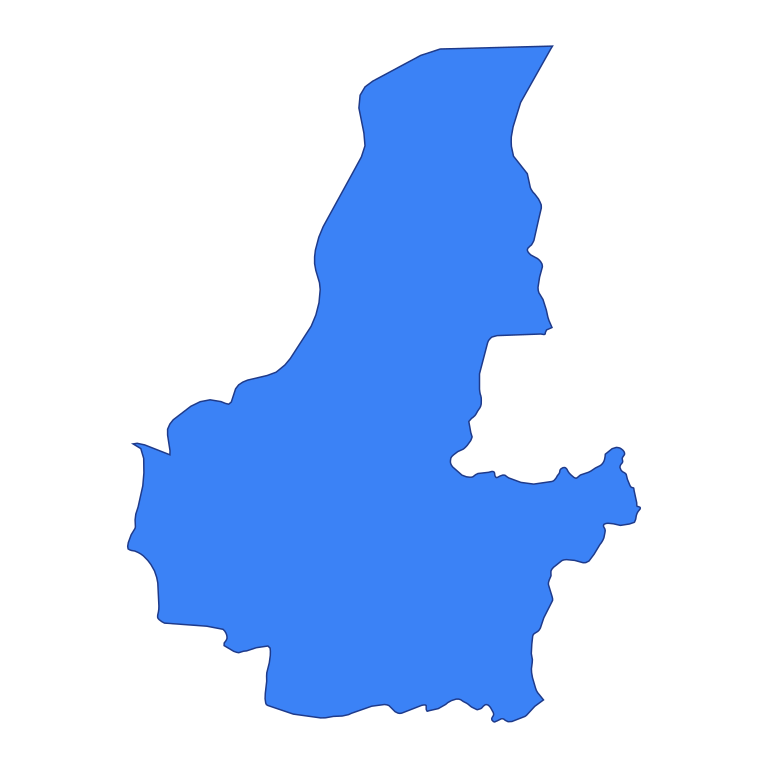 Faryab, Natural Earth projection
{"feature_id": "AFG-1745", "entity_name": "Faryab", "entity_type": "Province", "adm_level": 1, "iso_a3": "AFG", "parent_name": "Afghanistan", "parent_adm1": "", "projection": "natural_earth1", "projection_center": [65.119, 36.214], "detail": "fine", "context": "isolated", "style": "filled", "palette": "blue", "viewbox_px": 768, "rotation_deg": 0, "n_neighbors": 0, "source": "natural_earth", "source_scale": "10m", "svg_char_len": 5441}
<svg xmlns="http://www.w3.org/2000/svg" viewBox="0 0 768 768"><path d="M351.7,174.7L361.4,156.9L365.0,145.8L363.9,133.0L358.9,108.0L360.1,95.2L365.1,86.8L372.8,81.1L420.7,55.4L440.2,49.0L552.5,46.1L551.0,48.5L520.6,102.5L513.1,126.8L511.3,136.9L511.2,141.7L511.4,146.4L513.5,156.2L527.3,173.7L530.3,187.5L531.1,189.3L532.9,192.1L534.8,194.1L538.5,199.0L540.1,202.2L541.2,204.9L541.3,206.7L541.3,208.1L539.4,216.1L537.1,226.2L533.9,240.5L533.0,242.3L531.5,244.9L530.0,246.1L527.9,248.2L527.4,249.4L527.4,250.6L528.2,252.2L529.4,253.6L530.9,255.0L537.7,258.7L539.3,260.1L540.6,261.6L542.0,264.0L542.3,265.6L542.4,266.8L539.6,277.1L538.0,287.4L538.2,290.3L538.9,292.8L543.0,299.5L546.3,309.9L547.9,317.2L549.0,320.6L552.0,327.5L546.6,329.9L545.4,332.4L545.2,333.9L544.6,334.4L543.8,334.5L540.8,334.0L497.1,335.6L492.0,337.0L490.5,338.2L488.5,340.6L487.6,342.8L479.5,373.8L479.5,389.2L479.8,391.9L480.2,394.0L480.8,395.8L481.2,397.8L481.3,400.2L481.2,404.0L480.7,406.1L479.9,407.8L477.7,411.0L475.8,414.4L474.9,415.6L472.8,417.5L471.6,418.3L468.8,421.5L470.8,432.6L472.1,436.9L471.6,438.4L470.7,440.6L467.2,445.4L465.5,447.2L464.2,448.4L463.1,449.2L457.8,451.6L453.6,454.8L451.9,456.4L450.9,457.9L450.6,459.5L450.4,461.2L450.5,462.8L450.9,464.1L451.5,465.3L452.7,467.0L454.1,468.2L461.9,475.1L466.4,476.8L469.7,477.2L471.4,477.2L472.9,476.8L475.6,474.7L478.0,473.5L488.7,472.3L491.6,471.5L492.9,471.5L493.8,471.8L494.4,472.6L494.6,473.4L494.9,475.7L495.8,477.2L496.6,477.6L497.5,477.4L500.1,476.0L502.7,475.1L504.1,475.1L505.1,475.3L507.3,477.0L508.7,477.9L520.9,482.4L533.7,484.1L551.8,481.5L553.2,481.0L554.3,480.2L556.1,478.0L557.5,475.5L558.9,473.8L559.4,472.9L559.7,472.0L559.8,471.0L560.2,469.8L561.0,468.8L562.9,467.7L564.4,467.5L565.3,467.7L566.1,468.3L566.9,469.2L568.1,471.5L569.3,473.2L571.3,475.2L573.9,477.4L575.4,478.1L576.5,478.1L577.3,477.6L580.0,475.3L580.9,474.8L588.4,472.3L590.8,471.1L595.4,468.0L599.8,465.8L600.8,465.2L601.7,464.4L602.5,463.5L603.3,462.4L604.0,461.0L604.5,459.6L605.1,456.5L605.3,454.2L612.1,448.7L616.3,447.4L618.1,447.6L619.8,448.0L621.3,448.9L622.8,450.1L624.0,451.6L624.5,452.9L624.6,454.0L624.4,454.7L622.6,457.3L622.3,458.1L622.2,458.6L622.7,461.3L622.6,462.0L622.3,462.7L621.6,463.6L620.8,464.5L620.2,465.8L619.9,467.3L621.0,470.1L622.4,471.6L624.7,472.9L625.7,473.7L626.2,474.4L627.4,479.3L630.0,485.6L630.6,486.5L631.4,487.4L633.2,487.8L633.7,488.1L633.9,489.1L634.1,490.6L636.7,502.7L636.8,505.3L637.0,506.1L637.2,506.4L637.9,506.5L638.7,506.7L640.1,507.4L640.3,508.1L640.1,509.0L638.0,511.6L637.0,513.5L636.3,515.6L635.7,519.2L635.0,521.0L634.5,522.1L634.1,522.4L629.4,524.0L620.4,525.4L613.4,523.8L608.7,523.3L607.4,523.3L605.9,523.5L604.0,524.3L603.5,525.4L603.6,526.7L604.9,529.0L605.2,530.7L604.9,532.8L603.9,537.8L602.9,540.1L601.3,542.8L600.0,544.4L594.1,554.2L589.0,561.0L585.8,562.6L584.4,562.7L583.0,562.7L574.7,560.4L566.4,559.6L563.8,559.9L561.9,560.6L553.5,567.3L551.9,569.2L551.0,570.9L550.9,572.9L551.0,575.2L551.0,575.8L550.6,576.8L549.3,579.8L548.5,582.4L548.4,583.5L548.4,584.3L548.7,585.5L552.1,596.6L552.6,598.8L552.6,599.6L552.6,600.3L552.0,601.6L543.8,617.8L540.4,628.0L539.2,630.0L537.8,631.4L534.1,633.7L533.2,634.8L532.7,636.1L531.8,644.2L531.3,653.5L532.4,659.7L532.2,662.7L531.4,668.9L531.6,672.7L532.5,677.7L535.5,688.0L536.4,690.5L537.6,692.6L543.5,699.9L534.8,706.3L526.5,715.3L525.0,716.4L511.9,721.5L508.1,721.7L506.0,720.7L504.8,720.0L503.8,719.1L502.7,718.8L501.3,718.8L496.7,721.1L496.0,721.3L495.4,721.6L494.9,721.9L494.2,721.9L493.3,721.5L491.9,720.0L491.7,718.7L492.1,717.6L493.2,715.8L493.6,714.9L493.6,713.9L493.3,712.6L490.7,707.9L489.7,706.5L488.3,705.2L486.8,704.6L485.3,704.7L483.5,706.0L481.6,708.1L480.6,708.7L477.4,709.7L476.6,709.5L471.7,707.1L470.7,706.4L468.1,704.2L466.6,703.2L463.3,701.5L460.7,699.7L458.7,699.1L456.1,699.1L451.4,700.6L447.8,702.6L445.7,704.4L438.3,708.6L428.7,710.8L427.9,711.1L427.2,711.2L426.8,710.8L426.2,709.3L426.2,708.0L426.2,706.7L426.2,705.7L425.7,705.1L424.2,704.9L421.8,705.3L401.8,713.1L399.9,713.4L398.0,713.1L395.1,711.7L389.1,705.7L387.2,704.9L384.5,704.5L371.7,706.2L351.4,713.3L348.6,714.6L342.3,716.0L333.4,716.4L325.5,717.8L320.6,717.9L293.3,714.1L267.9,705.5L266.4,704.6L265.7,703.0L265.1,698.8L265.3,693.3L266.7,681.3L266.6,676.1L266.8,672.8L269.3,662.8L270.3,655.5L270.4,651.3L270.1,648.1L267.9,646.0L256.3,647.7L246.6,650.9L243.6,651.2L238.7,652.7L236.6,652.3L233.7,651.3L224.1,645.6L224.2,643.0L226.0,640.6L226.4,639.9L227.0,638.4L227.0,636.8L226.7,635.0L225.9,633.0L224.7,631.0L223.0,629.3L206.8,626.2L164.5,623.1L161.7,621.6L160.4,620.6L159.1,619.6L158.0,618.3L157.6,617.1L157.7,615.2L158.4,612.0L158.8,609.2L158.9,606.0L157.8,583.0L156.7,577.4L154.5,570.9L150.9,564.5L147.8,560.4L143.3,555.8L140.7,553.9L138.2,552.5L134.7,551.0L131.6,550.5L129.8,549.9L128.1,548.9L127.7,546.3L128.3,542.6L131.2,534.7L135.1,528.3L135.4,526.7L135.1,519.9L135.8,514.1L138.1,507.0L142.8,485.8L143.9,472.9L143.7,458.4L140.8,448.6L133.1,443.9L137.2,443.3L144.7,444.9L169.9,454.8L170.0,450.7L167.6,435.1L167.6,429.2L169.9,424.0L173.2,419.8L190.8,406.3L200.2,401.7L210.1,399.8L221.0,401.6L225.4,403.4L228.7,404.2L231.3,402.0L235.6,388.8L238.7,384.8L242.8,382.1L247.6,380.1L267.2,375.5L276.1,372.2L284.9,365.0L290.3,358.5L311.2,326.2L315.9,314.9L319.0,302.7L320.2,289.6L319.5,282.8L315.8,270.3L314.6,263.6L314.6,256.9L315.4,250.1L318.8,237.2L323.2,226.6L351.7,174.7Z" fill="#3b82f6" stroke="#1e3a8a" stroke-width="1.5"/></svg>